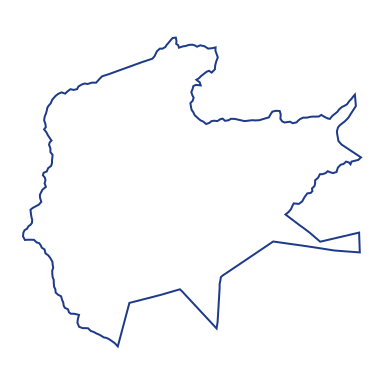 outline of Brejo de Areia, Maranhão, Brazil
{"feature_id": "56859067B39393639744648", "entity_name": "Brejo de Areia", "entity_type": "district", "adm_level": 2, "iso_a3": "BRA", "parent_name": "Brazil", "parent_adm1": "Maranhão", "projection": "albers", "projection_center": [-45.637, -4.369], "detail": "fine", "context": "isolated", "style": "outline", "palette": "blue", "viewbox_px": 384, "rotation_deg": 0, "n_neighbors": 0, "source": "geoboundaries", "source_scale": "gbopen_adm2", "svg_char_len": 3500}
<svg xmlns="http://www.w3.org/2000/svg" viewBox="0 0 384 384"><path d="M215.6,47.4L212.1,48.2L208.1,48.6L204.6,46.3L200.3,45.3L197.0,46.7L194.8,45.4L192.3,44.7L188.9,44.9L185.7,46.0L182.8,46.4L179.0,47.7L178.2,45.2L176.2,43.9L176.5,41.0L175.8,37.6L172.6,38.0L170.9,39.9L168.8,42.5L166.6,45.0L165.4,47.0L162.4,48.7L159.9,48.6L156.9,51.3L154.6,56.1L152.4,58.7L141.5,62.3L108.7,74.2L102.1,76.3L99.9,78.5L98.2,80.4L96.1,82.7L91.7,82.7L87.7,84.0L84.8,83.5L81.8,84.5L78.5,86.4L77.1,89.1L73.7,89.9L70.4,89.2L67.6,91.3L65.1,93.6L61.6,92.4L58.3,93.8L55.8,95.7L52.3,99.6L50.6,103.5L48.7,105.6L47.4,107.6L46.8,110.5L45.9,113.7L44.8,116.2L44.1,120.2L45.4,124.0L45.8,127.2L44.1,129.4L46.4,132.3L47.8,135.1L50.0,138.4L51.5,140.6L49.8,142.2L49.0,144.7L50.4,148.4L50.4,152.1L52.6,154.9L52.3,157.8L52.0,160.6L52.0,163.1L51.1,165.9L48.1,168.2L46.8,171.4L43.6,172.8L42.9,175.3L44.8,177.5L45.5,180.2L44.6,183.4L45.9,186.9L42.5,189.6L41.2,192.1L39.9,194.8L40.0,197.7L41.3,201.8L38.9,204.6L33.1,207.7L30.5,209.7L31.0,214.3L31.5,217.2L32.2,219.9L32.0,222.8L30.5,224.8L28.5,226.2L27.0,228.7L24.6,230.2L23.4,232.6L23.0,236.4L25.0,240.0L27.6,239.7L33.9,239.8L36.6,242.4L39.2,243.2L40.7,245.3L41.8,247.7L44.5,249.4L45.5,253.4L48.1,255.2L50.2,257.9L52.4,261.8L52.7,264.9L53.2,267.9L52.2,270.7L52.3,274.2L52.7,277.4L53.7,279.7L53.8,283.6L54.1,286.8L55.3,289.1L55.7,292.6L58.0,294.7L61.1,296.3L62.1,300.0L63.2,302.3L63.7,305.7L64.8,307.8L68.0,309.3L68.9,312.2L70.7,313.7L74.6,313.8L79.0,314.9L77.9,318.9L77.4,322.7L79.1,326.8L82.6,328.1L85.2,328.1L88.1,328.3L90.8,331.0L93.6,331.9L96.3,333.4L99.8,334.9L103.8,337.4L106.5,337.9L109.3,339.3L112.0,341.2L114.8,343.2L117.8,346.4L129.4,302.9L154.9,296.4L162.1,294.5L179.9,289.3L182.5,291.8L214.0,325.7L216.6,328.5L217.6,321.9L219.6,288.3L219.6,284.3L220.4,280.3L220.9,277.1L222.7,275.5L240.0,263.9L273.2,241.5L283.0,242.9L286.5,243.4L300.3,245.3L317.1,247.8L334.4,250.5L342.0,251.1L359.8,252.4L359.1,232.6L320.2,241.7L309.6,232.6L303.0,227.6L299.7,225.3L285.5,214.5L288.5,212.1L291.1,209.0L292.5,205.6L293.8,203.4L298.9,203.9L302.2,201.4L304.5,197.2L307.3,193.4L310.8,192.9L312.4,191.1L312.0,188.4L314.4,186.2L315.1,183.6L315.1,180.3L318.1,177.8L319.9,174.2L322.3,174.2L325.6,173.1L327.7,171.2L329.9,172.2L333.0,173.1L336.5,172.0L337.9,167.6L340.7,164.7L343.5,164.0L346.1,161.6L348.8,162.4L350.5,164.3L351.5,161.6L355.1,160.7L358.3,159.9L361.0,157.4L341.6,144.6L338.4,140.9L337.2,134.0L336.9,131.3L338.0,127.5L339.6,125.4L345.1,121.1L348.4,117.7L350.7,114.0L355.9,106.0L354.9,94.6L353.0,96.8L351.5,98.8L349.2,101.2L347.0,104.3L344.3,105.9L341.9,107.0L339.2,109.3L337.3,111.9L332.3,115.9L329.9,118.9L327.5,118.4L324.2,116.7L321.3,114.9L318.9,116.5L315.8,116.6L313.0,116.6L310.4,116.8L307.2,117.6L303.0,117.7L300.2,119.0L298.3,120.5L296.5,122.4L292.7,123.2L290.0,121.7L284.6,122.5L282.2,121.4L280.4,118.8L280.7,114.4L279.7,111.0L276.0,110.8L272.4,111.6L270.4,114.6L268.9,117.4L264.3,118.7L259.4,120.2L255.6,120.4L251.9,120.2L248.2,120.7L244.6,121.1L234.7,118.9L231.1,118.8L228.4,120.3L225.0,120.8L222.6,118.6L220.3,119.2L217.4,121.1L214.2,120.7L211.4,121.2L209.3,122.9L206.1,124.0L203.3,121.6L200.6,120.4L198.6,118.8L196.6,116.9L194.8,115.3L193.1,111.9L191.7,110.0L191.0,107.1L190.4,103.1L192.7,100.8L193.6,97.7L192.3,95.1L191.3,92.1L192.5,89.3L193.4,86.0L196.0,84.9L200.7,85.4L199.7,82.3L196.4,79.8L199.1,78.1L200.9,76.2L204.2,73.6L206.7,71.7L209.0,70.8L211.7,72.6L214.9,69.3L215.2,65.4L216.3,61.2L217.8,57.4L215.4,50.6L215.6,47.4Z" fill="none" stroke="#1e3a8a" stroke-width="2"/></svg>